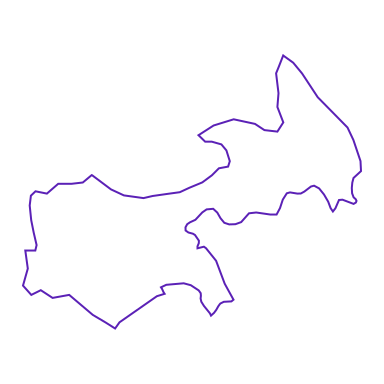 SVG path tracing the border of Foča
{"feature_id": "BIH-4807", "entity_name": "Foča", "entity_type": "state/province", "adm_level": 1, "iso_a3": "BIH", "parent_name": "Bosnia and Herzegovina", "parent_adm1": "", "projection": "equal_earth", "projection_center": [18.989, 43.593], "detail": "fine", "context": "isolated", "style": "outline", "palette": "violet", "viewbox_px": 384, "rotation_deg": 0, "n_neighbors": 0, "source": "natural_earth", "source_scale": "10m", "svg_char_len": 1801}
<svg xmlns="http://www.w3.org/2000/svg" viewBox="0 0 384 384"><path d="M229.2,224.4L224.3,222.8L220.5,218.2L217.3,212.6L213.2,208.8L206.6,209.4L202.3,212.4L195.4,219.8L190.0,222.3L187.2,224.2L185.5,227.3L185.6,230.5L188.4,232.5L192.9,233.7L195.0,235.0L198.9,240.7L198.8,243.2L197.5,246.3L197.5,248.3L203.9,246.7L206.0,248.2L216.1,260.8L224.7,283.7L233.5,299.7L231.4,301.4L223.8,301.8L220.4,303.5L219.7,304.3L218.2,306.4L216.3,309.8L214.0,312.9L211.0,315.6L210.1,313.7L209.9,313.3L204.0,306.0L201.3,301.7L200.6,298.5L200.9,295.8L200.7,293.2L198.7,290.4L190.8,285.2L183.7,283.3L166.3,284.8L161.0,287.3L162.0,288.8L163.6,292.3L164.6,293.8L156.9,296.2L119.5,322.3L115.1,328.5L105.8,322.6L92.8,314.9L69.2,294.9L52.6,297.9L40.8,290.2L31.3,294.9L23.0,285.6L27.8,268.6L25.3,250.5L35.3,250.5L36.6,245.1L33.7,232.6L31.2,220.1L29.7,205.5L30.9,195.7L31.3,195.3L33.3,193.4L35.5,191.3L46.9,193.6L58.2,183.8L71.5,183.8L82.8,182.5L91.7,175.1L92.2,175.3L111.0,189.4L123.9,195.4L143.5,198.1L152.6,196.0L168.1,193.8L179.8,192.2L189.3,187.8L202.3,182.4L211.9,175.3L218.9,168.3L228.1,166.6L229.8,161.2L226.4,150.4L221.4,144.4L211.9,141.7L205.2,141.7L198.5,135.2L213.6,125.5L233.7,119.3L255.0,123.9L264.4,130.1L277.4,131.6L283.3,122.4L277.4,107.0L278.5,93.2L276.1,73.3L278.6,67.2L283.2,55.5L293.2,62.7L302.1,73.5L317.7,97.2L347.5,127.5L353.4,140.0L360.5,161.1L361.0,171.1L353.5,178.0L352.3,182.6L351.8,188.0L352.1,193.3L353.6,197.3L355.7,199.2L356.5,200.9L355.9,202.5L353.6,203.9L342.5,199.7L339.0,200.0L335.4,208.3L332.9,211.5L330.6,208.1L328.2,201.7L324.0,194.5L319.1,188.4L314.1,185.7L311.0,186.5L304.3,191.6L300.8,193.5L297.4,193.6L290.0,192.4L286.8,193.3L282.8,199.6L280.0,208.1L276.6,214.5L270.1,214.5L256.2,212.5L249.0,213.3L241.2,222.1L235.4,224.2L229.2,224.4Z" fill="none" stroke="#5b21b6" stroke-width="2"/></svg>